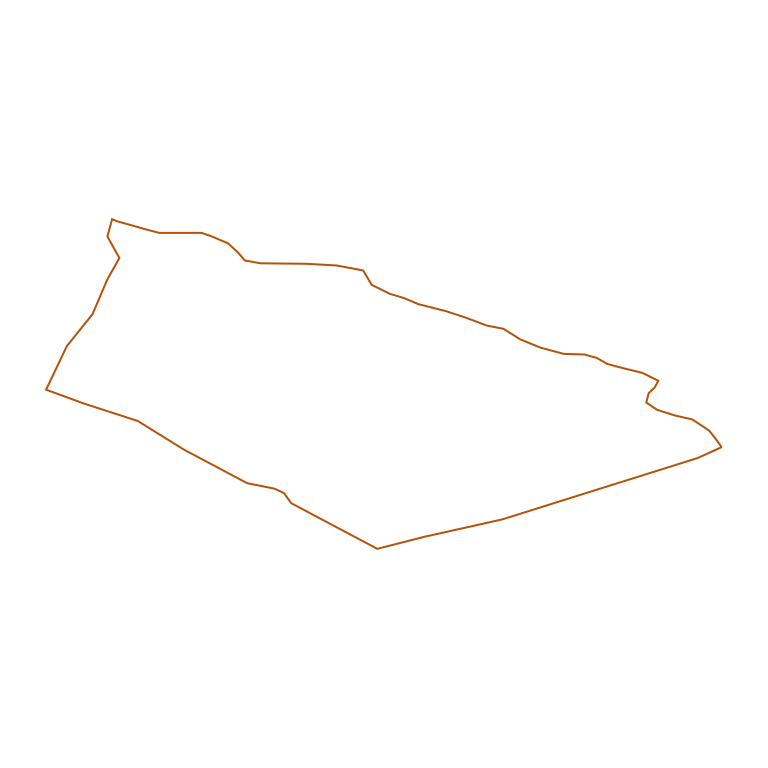 outline of Malå, Västerbotten, Sweden
{"feature_id": "70781695B10174824853138", "entity_name": "Malå", "entity_type": "district", "adm_level": 2, "iso_a3": "SWE", "parent_name": "Sweden", "parent_adm1": "Västerbotten", "projection": "equal_earth", "projection_center": [18.759, 65.261], "detail": "fine", "context": "isolated", "style": "outline", "palette": "amber", "viewbox_px": 768, "rotation_deg": 0, "n_neighbors": 0, "source": "geoboundaries", "source_scale": "gbopen_adm2", "svg_char_len": 855}
<svg xmlns="http://www.w3.org/2000/svg" viewBox="0 0 768 768"><path d="M112.1,219.2L107.4,236.5L119.4,258.0L107.2,279.7L92.5,314.2L66.9,346.0L46.1,389.7L83.2,403.3L137.8,421.0L184.2,449.8L247.2,483.2L274.6,488.7L284.1,493.2L291.2,503.2L328.2,522.8L377.2,548.8L424.7,536.7L502.2,519.4L599.9,488.7L697.4,458.1L721.9,447.0L721.6,447.1L716.7,440.3L709.4,430.8L692.4,419.5L675.4,415.6L657.2,409.9L646.3,402.6L648.7,393.1L654.7,387.5L658.3,380.8L642.5,372.9L624.4,368.5L607.4,364.0L596.5,357.8L584.4,354.5L563.9,353.9L540.9,347.8L520.3,339.4L503.4,328.8L486.5,325.5L465.9,317.7L445.4,311.0L418.8,304.3L404.3,298.2L389.8,293.8L371.7,284.9L363.2,270.5L336.7,265.5L306.5,263.8L260.6,263.3L244.9,260.5L237.7,252.2L228.1,243.4L211.2,236.2L201.6,232.9L177.4,232.9L159.3,232.9L144.9,229.1L117.2,221.3L112.1,219.2Z" fill="none" stroke="#b45309" stroke-width="2"/></svg>